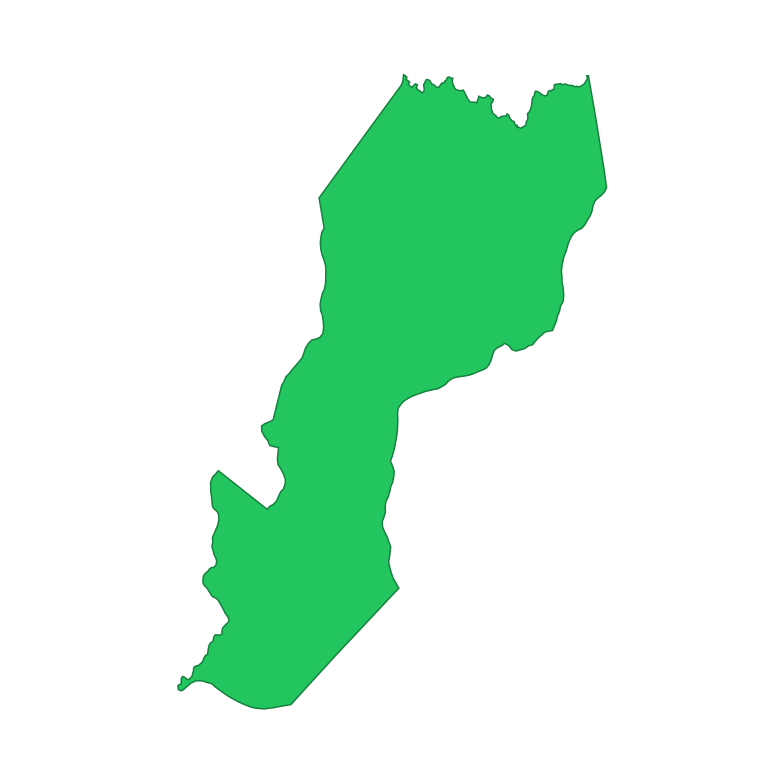 Manaquiri, Amazonas, Brazil (Equal Earth projection), rotated 171°
{"feature_id": "56859067B81028686710447", "entity_name": "Manaquiri", "entity_type": "district", "adm_level": 2, "iso_a3": "BRA", "parent_name": "Brazil", "parent_adm1": "Amazonas", "projection": "equal_earth", "projection_center": [-60.676, -3.744], "detail": "fine", "context": "isolated", "style": "filled", "palette": "green", "viewbox_px": 768, "rotation_deg": 171, "n_neighbors": 0, "source": "geoboundaries", "source_scale": "gbopen_adm2", "svg_char_len": 5470}
<svg xmlns="http://www.w3.org/2000/svg" viewBox="0 0 768 768"><g transform="rotate(171 384 384)"><path d="M316.3,686.4L318.1,679.7L320.4,676.2L363.3,633.6L419.0,578.0L418.7,547.3L421.8,543.3L423.6,538.0L424.8,533.4L425.3,526.4L424.9,520.9L423.7,515.2L423.2,509.8L423.8,504.5L424.9,498.2L426.0,492.4L428.0,487.1L430.7,483.1L432.7,478.3L434.6,472.9L435.1,466.7L434.1,461.3L434.2,455.2L434.8,449.2L436.5,443.3L440.1,440.0L444.3,439.0L448.5,438.7L452.5,435.7L455.8,431.9L458.2,427.3L460.6,422.8L467.6,416.6L472.7,412.4L475.4,409.6L479.8,406.4L482.1,402.6L485.3,398.6L499.1,366.0L503.2,364.5L507.6,363.6L511.5,361.7L512.1,356.5L510.3,351.0L507.5,346.1L506.5,341.1L502.3,339.2L498.2,337.9L499.5,332.0L501.0,326.9L501.3,320.9L500.0,318.1L499.2,316.2L497.4,311.0L496.3,305.2L497.2,300.9L499.6,296.2L503.1,293.5L508.6,285.1L512.1,282.4L515.9,281.1L519.0,278.5L561.2,324.3L564.5,321.3L568.0,318.8L570.9,313.4L571.0,310.5L571.5,307.5L572.0,304.7L571.9,301.5L572.1,297.9L572.4,293.5L572.6,290.6L571.9,288.0L570.1,285.8L568.6,283.8L568.0,281.6L567.9,279.3L568.2,276.3L569.1,273.8L569.8,271.9L571.5,268.5L572.9,266.6L574.2,264.3L575.8,261.9L577.1,259.8L577.6,257.9L577.8,254.8L578.9,251.9L579.3,249.7L579.1,247.6L578.6,244.8L578.6,242.6L577.8,240.0L577.1,237.1L577.1,234.8L578.2,231.6L580.8,229.4L583.0,229.7L585.1,228.8L587.0,226.8L589.4,225.4L591.0,224.3L592.1,222.9L593.4,219.1L593.9,215.7L592.9,212.8L591.1,210.7L588.7,205.3L587.3,201.7L586.1,200.4L583.7,198.9L581.5,196.2L580.1,192.4L578.8,189.2L578.1,187.1L576.7,182.3L575.3,179.9L574.2,176.8L574.3,174.2L575.6,172.5L577.8,171.3L581.5,168.3L582.7,165.4L583.1,162.7L584.6,161.8L586.8,161.9L589.7,162.7L591.5,161.0L592.4,158.6L593.1,156.8L594.8,155.8L596.5,155.0L597.7,153.0L598.9,150.1L599.8,147.1L600.6,144.5L602.7,143.9L605.2,140.9L606.5,138.1L608.2,136.9L609.8,136.0L611.5,134.9L613.0,135.1L614.9,134.6L616.4,133.3L617.1,130.4L618.3,127.8L619.5,125.2L622.7,122.7L625.0,123.2L626.5,125.4L628.9,126.7L630.4,124.4L630.8,122.0L631.1,119.4L633.2,119.2L634.9,118.1L634.9,114.7L633.4,113.0L630.9,112.9L625.8,116.1L623.8,117.3L621.4,118.8L616.4,120.2L614.0,120.0L610.2,119.2L603.0,115.8L601.2,115.0L599.8,113.6L598.4,111.6L595.4,108.5L592.4,105.6L589.9,103.0L587.4,100.7L584.1,97.9L578.1,93.3L573.4,90.1L567.4,86.5L564.2,84.9L561.7,84.0L556.1,82.5L552.3,81.7L550.5,81.8L548.1,81.8L544.0,81.6L537.6,81.8L529.1,81.9L526.2,81.9L521.4,85.7L516.8,89.4L504.9,99.0L483.5,116.0L481.3,117.8L474.5,123.3L458.8,135.4L453.2,139.7L416.6,168.2L401.3,180.0L403.4,185.6L405.4,190.8L406.4,196.7L407.1,202.8L407.2,207.9L405.5,212.6L402.9,221.9L404.8,232.5L406.6,237.9L407.7,242.9L407.4,248.2L404.9,252.5L402.7,257.1L402.0,262.7L400.5,267.6L397.4,272.0L395.2,276.6L393.3,281.6L390.6,286.0L388.9,290.9L387.6,296.1L388.4,301.7L389.7,306.8L387.2,311.3L385.1,315.7L383.0,320.9L379.4,331.2L377.9,336.7L377.3,339.9L375.9,346.9L375.2,353.0L373.8,357.9L370.0,361.8L366.5,364.3L362.1,366.2L358.2,367.5L353.5,368.5L344.0,370.2L340.1,370.5L335.7,370.8L331.7,370.8L327.0,372.5L323.2,374.1L319.7,376.9L316.0,378.7L311.8,379.4L302.4,379.3L297.8,379.5L293.6,380.3L288.6,381.6L284.7,382.4L280.8,383.6L277.4,386.4L274.5,390.7L272.3,395.6L269.9,399.8L266.3,402.2L262.3,403.1L258.5,405.3L254.8,402.5L252.5,398.2L248.6,395.9L244.1,396.4L239.5,397.0L235.3,399.1L231.0,399.6L227.8,402.6L224.3,405.5L220.6,407.7L216.8,410.2L209.2,410.5L203.9,419.3L201.9,424.3L199.2,428.5L197.5,433.3L194.2,437.3L192.7,443.0L192.0,450.7L192.3,456.5L191.5,462.0L191.2,467.4L189.7,473.0L187.9,477.8L186.0,482.5L183.4,486.5L181.3,491.4L178.7,496.2L175.6,500.7L172.3,503.8L168.4,505.7L164.2,506.9L160.7,509.9L157.4,514.1L154.0,518.0L151.5,522.4L149.6,527.5L147.1,531.7L143.6,534.3L139.6,536.5L136.1,539.3L133.5,543.0L133.1,559.5L133.2,608.1L133.3,620.3L133.9,656.5L135.6,656.6L135.0,654.5L136.3,652.6L138.3,650.1L139.6,649.0L140.9,648.2L143.0,647.4L145.0,646.7L146.6,647.9L149.0,647.8L150.5,648.9L152.0,649.6L154.0,649.8L156.3,651.0L158.6,652.1L161.4,651.5L162.5,653.1L164.0,653.0L165.8,653.0L167.4,653.2L169.1,652.7L169.7,648.7L171.5,648.4L172.9,647.5L174.8,647.9L176.3,646.9L177.4,644.1L179.8,643.2L182.3,644.7L183.5,646.0L184.7,647.2L186.3,648.7L188.4,649.5L189.7,647.8L190.6,645.0L192.5,643.4L193.3,641.2L194.0,638.3L194.9,635.5L195.7,633.7L197.1,631.1L198.7,629.5L200.0,628.5L200.2,624.9L200.9,622.4L202.4,620.7L203.5,617.4L206.2,616.2L209.2,615.2L210.9,616.7L212.5,616.7L212.1,618.9L213.7,618.8L214.2,621.1L214.5,623.0L216.1,623.6L217.4,625.6L218.5,628.2L218.9,630.4L220.3,631.5L221.2,629.6L223.3,629.9L225.1,629.9L226.8,629.7L228.4,628.6L230.3,629.4L232.2,632.3L234.0,633.9L234.4,635.9L234.9,638.6L234.6,641.4L234.4,643.6L233.5,645.1L232.1,646.3L231.5,648.2L233.5,649.5L235.1,652.4L236.8,653.2L238.0,651.7L239.9,650.9L242.9,651.7L245.3,653.4L246.5,650.8L247.5,649.3L248.3,647.3L251.2,648.3L254.1,648.8L255.3,649.8L256.5,652.0L258.5,658.2L259.0,660.3L260.1,662.0L261.9,661.6L263.4,662.0L265.4,662.8L267.0,663.7L268.0,665.3L268.5,668.0L269.3,670.7L269.1,673.4L268.2,675.2L269.9,675.6L271.7,677.1L273.6,676.8L274.6,674.7L276.6,673.6L278.0,671.7L279.7,672.3L281.5,670.4L283.3,668.7L285.6,668.8L287.2,670.7L288.4,672.2L289.9,672.7L291.2,676.0L292.6,677.6L294.6,678.1L296.5,675.5L298.0,673.3L298.1,669.9L298.5,667.3L300.5,665.6L302.2,667.1L303.4,668.5L305.4,670.0L305.5,672.0L304.2,674.3L305.8,675.5L307.3,674.9L308.5,673.8L310.3,672.6L311.6,674.2L313.3,676.5L311.4,677.8L312.7,679.7L314.6,681.4L313.4,683.4L314.8,685.2L316.3,686.4Z" fill="#22c55e" stroke="#15803d" stroke-width="1.5"/></g></svg>